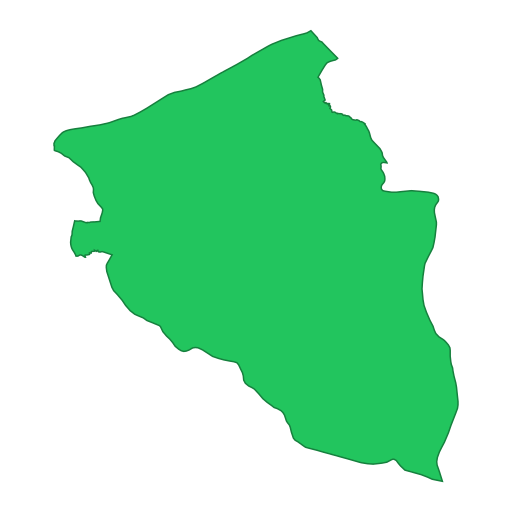 Sabaneta, Antioquia, Colombia
{"feature_id": "7082276B45005796223132", "entity_name": "Sabaneta", "entity_type": "district", "adm_level": 2, "iso_a3": "COL", "parent_name": "Colombia", "parent_adm1": "Antioquia", "projection": "albers", "projection_center": [-75.61, 6.138], "detail": "fine", "context": "isolated", "style": "filled", "palette": "green", "viewbox_px": 512, "rotation_deg": 0, "n_neighbors": 0, "source": "geoboundaries", "source_scale": "gbopen_adm2", "svg_char_len": 5893}
<svg xmlns="http://www.w3.org/2000/svg" viewBox="0 0 512 512"><path d="M310.9,30.7L307.0,32.9L303.2,34.0L301.5,34.4L296.1,35.8L281.4,40.4L275.5,42.8L272.2,44.1L269.4,45.5L267.0,46.8L251.9,55.4L247.4,58.4L236.8,64.5L220.8,73.1L202.8,83.4L197.8,86.0L195.8,87.0L190.9,88.7L185.7,89.9L181.3,91.1L174.5,92.4L168.3,94.7L162.7,98.2L160.8,99.4L146.7,108.3L140.3,112.0L133.6,115.5L132.8,115.7L131.3,116.4L124.5,117.9L122.3,118.3L118.4,119.5L111.7,121.9L109.4,122.7L106.7,123.4L105.2,123.7L99.9,124.9L93.9,125.8L90.4,126.3L81.8,127.9L75.2,128.8L70.5,129.6L68.4,130.1L66.0,130.8L63.4,132.0L62.1,132.9L59.6,135.4L57.1,138.3L55.2,140.6L54.8,141.2L54.7,141.9L54.0,143.3L54.0,145.4L54.1,145.9L54.5,146.1L54.4,146.5L54.3,149.4L54.4,150.4L55.3,150.8L58.2,151.7L61.0,153.1L64.7,156.0L69.0,157.7L73.2,161.7L78.0,165.2L80.8,167.1L83.0,169.5L85.5,172.4L86.6,174.2L88.8,177.9L89.4,179.8L90.7,182.7L92.1,185.0L93.3,187.7L93.5,189.6L93.3,192.6L94.2,195.9L96.0,200.4L97.9,203.6L101.2,207.1L102.6,208.9L102.7,210.3L102.2,212.9L100.5,217.9L100.1,221.4L93.7,222.0L93.4,221.9L93.1,221.9L92.1,222.0L91.0,222.0L89.9,222.3L89.6,222.5L89.0,222.5L87.7,222.4L87.4,222.4L87.4,222.7L87.1,222.8L86.9,222.6L86.2,222.7L85.9,222.7L84.9,222.3L81.9,221.2L81.6,221.0L80.8,221.0L80.4,220.9L79.8,220.9L78.8,221.1L78.0,221.1L76.4,221.0L76.0,221.0L75.5,221.0L74.7,220.8L73.3,226.9L72.2,231.3L72.1,234.1L71.9,235.3L71.6,236.0L71.2,236.8L70.6,242.3L70.8,244.6L71.2,246.5L71.8,248.3L72.5,249.7L74.2,252.3L75.5,254.7L76.0,256.1L76.9,256.1L77.7,256.1L78.1,256.0L79.6,255.1L80.2,255.0L80.8,254.9L82.1,255.4L84.9,257.2L85.2,257.3L85.5,257.2L84.9,255.9L85.1,255.3L85.2,255.0L86.8,255.0L89.2,254.5L89.5,254.4L89.6,254.2L89.6,253.9L89.5,252.9L89.8,252.9L91.1,253.1L91.5,251.5L93.3,251.3L94.2,251.3L94.6,251.1L94.8,250.9L94.8,250.6L94.7,250.3L95.8,250.9L96.0,251.1L96.2,251.4L96.4,251.3L96.4,251.0L97.2,250.4L97.8,250.3L98.0,251.4L98.1,251.5L98.6,251.6L98.9,252.0L99.1,252.0L99.6,252.0L100.6,252.0L100.9,251.8L101.3,251.7L102.1,251.7L102.5,251.6L112.1,254.8L109.1,260.2L107.3,263.2L106.4,265.2L106.3,267.4L106.8,271.5L111.9,287.3L113.7,290.7L117.3,294.5L122.2,300.3L125.6,305.4L130.2,310.7L134.7,314.2L137.8,315.6L143.3,317.9L146.9,320.5L151.4,322.3L159.2,325.5L160.4,326.5L162.9,331.7L166.5,336.0L169.8,339.1L172.7,342.6L175.2,346.3L178.7,349.2L181.2,350.7L183.7,351.4L186.1,351.1L188.9,350.1L192.7,347.9L195.3,347.5L198.1,347.8L202.6,349.9L212.6,356.4L218.8,358.5L224.0,359.9L229.6,361.0L233.8,361.7L236.9,362.7L238.7,364.9L240.6,369.0L242.4,372.6L243.3,375.9L243.7,380.1L245.4,383.3L248.7,386.0L251.8,387.5L254.3,389.0L258.6,393.6L262.9,398.7L267.1,402.3L271.7,405.6L274.1,407.5L277.3,408.6L281.1,410.7L282.9,412.5L284.5,415.1L285.4,417.8L286.4,420.9L287.5,422.7L289.3,424.9L290.2,427.1L291.4,432.1L293.4,438.1L295.1,440.2L297.9,441.8L300.1,443.4L304.4,446.5L305.7,447.3L310.5,448.6L316.8,450.2L324.0,452.3L347.6,458.8L359.4,462.2L361.3,462.7L367.5,463.7L373.2,464.1L378.7,463.5L382.0,463.1L386.8,462.2L391.7,459.6L392.9,459.2L393.9,459.2L394.9,459.7L396.3,460.5L398.5,463.5L400.6,466.0L404.9,470.1L421.1,474.6L427.8,477.2L432.1,479.2L436.4,480.1L442.4,481.3L439.2,471.1L437.1,465.1L436.7,461.7L437.4,457.4L439.4,451.9L441.6,447.5L444.4,442.2L448.4,432.8L450.9,425.5L453.0,420.1L455.7,413.2L457.5,408.3L458.0,404.8L458.0,401.6L457.0,392.2L456.5,387.2L455.7,382.7L454.0,376.2L452.9,370.6L452.6,368.0L451.3,364.4L450.8,361.8L450.2,356.2L450.2,350.5L449.9,347.8L448.4,345.0L446.3,342.5L444.4,340.5L442.8,339.3L439.0,336.9L435.8,333.5L434.3,330.2L433.0,326.2L429.9,320.3L426.4,312.2L424.0,305.4L423.0,299.7L422.5,294.1L422.0,288.9L422.4,282.6L423.0,276.0L424.5,265.7L425.0,263.4L426.8,259.7L428.3,256.6L431.4,250.7L432.9,247.6L434.0,242.7L435.0,237.1L436.4,224.8L436.4,222.2L435.8,219.4L435.2,216.6L434.4,212.6L434.3,209.7L434.7,207.2L435.8,204.7L437.5,202.4L438.4,200.9L438.6,199.3L438.1,196.8L437.1,195.4L435.9,194.4L434.7,193.7L433.1,193.2L428.3,192.2L419.4,191.3L414.0,190.9L411.7,190.7L410.2,190.8L401.7,191.6L396.5,192.2L391.5,192.2L384.9,191.2L382.7,190.6L381.5,189.2L381.2,187.5L381.5,185.7L382.3,184.4L383.9,182.5L384.7,180.9L384.9,179.0L384.7,176.3L383.6,173.3L382.8,171.9L381.3,169.7L380.8,168.3L380.9,168.2L381.1,166.9L381.0,165.5L380.7,164.6L381.0,163.9L382.1,162.7L383.3,162.4L385.1,162.6L387.0,162.9L386.8,162.3L383.4,157.5L382.5,155.4L382.2,153.0L381.5,151.4L379.9,148.6L374.5,143.0L371.9,140.2L370.7,137.7L369.4,132.8L368.6,130.7L367.9,129.6L366.4,126.7L365.4,125.1L364.7,124.4L365.1,123.9L364.8,123.6L364.4,123.3L363.7,122.9L362.7,122.2L361.3,121.6L360.9,121.6L360.4,121.6L359.8,121.4L359.4,121.1L359.2,120.7L358.7,120.4L357.9,120.2L357.3,119.9L356.9,119.8L356.6,119.8L356.3,120.0L356.0,120.2L355.8,120.2L354.6,120.0L353.4,119.8L352.7,119.6L352.4,119.4L351.9,119.1L351.5,118.9L350.9,117.7L350.6,117.5L349.9,117.2L349.5,116.5L348.2,115.9L346.0,115.7L345.8,115.7L345.6,115.5L345.0,115.2L344.7,115.1L344.2,115.3L343.8,115.4L343.3,115.3L343.0,115.1L342.7,114.4L342.3,114.2L341.8,113.9L340.9,113.7L340.0,113.7L338.5,113.6L337.6,113.3L337.4,113.7L336.7,113.4L335.5,112.5L334.7,112.1L333.9,112.0L332.5,112.3L332.0,112.1L331.9,111.6L331.7,110.4L331.6,110.0L330.8,109.2L330.1,108.6L329.9,108.4L330.3,107.6L330.5,107.0L330.5,106.7L330.1,105.8L329.9,105.5L329.2,105.8L329.2,105.7L329.4,105.6L329.5,105.3L329.4,105.2L329.2,105.3L329.0,105.1L328.8,105.2L328.7,105.1L328.7,104.6L329.5,103.9L329.5,103.6L327.9,103.5L327.7,103.9L327.3,103.9L327.3,103.7L327.0,103.6L325.9,102.6L325.3,103.2L323.9,102.1L323.6,101.9L323.3,101.6L324.0,100.9L324.9,100.2L325.1,100.0L323.8,96.4L323.9,95.2L322.6,92.1L322.6,89.3L321.4,85.1L320.2,79.8L319.0,78.2L318.5,77.7L318.0,77.3L318.6,76.1L322.2,69.9L325.2,65.1L326.4,63.6L327.0,62.9L327.8,62.4L329.1,61.8L330.6,61.2L333.5,60.4L335.5,59.9L337.4,58.6L337.7,58.3L330.2,50.7L323.3,43.6L321.9,42.0L320.4,41.4L319.4,40.9L318.7,40.4L318.1,39.6L317.2,37.6L310.9,30.7Z" fill="#22c55e" stroke="#15803d" stroke-width="1.5"/></svg>